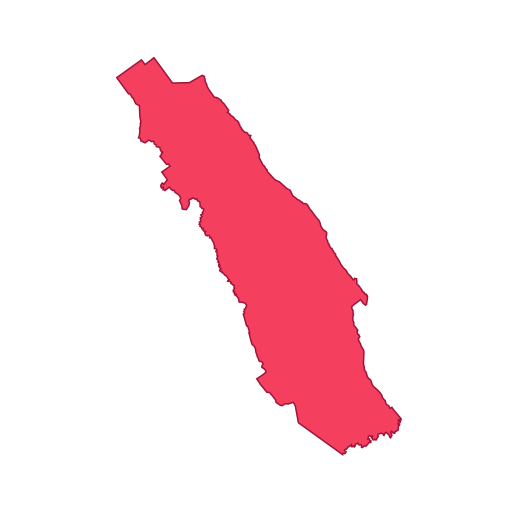 the district of Punilla, Córdoba, Argentina, rotated 324°
{"feature_id": "61730980B72863725650935", "entity_name": "Punilla", "entity_type": "district", "adm_level": 2, "iso_a3": "ARG", "parent_name": "Argentina", "parent_adm1": "Córdoba", "projection": "orthographic", "projection_center": [-64.597, -31.2], "detail": "fine", "context": "isolated", "style": "filled", "palette": "rose", "viewbox_px": 512, "rotation_deg": 324, "n_neighbors": 0, "source": "geoboundaries", "source_scale": "gbopen_adm2", "svg_char_len": 6131}
<svg xmlns="http://www.w3.org/2000/svg" viewBox="0 0 512 512"><g transform="rotate(324 256 256)"><path d="M318.7,78.2L304.0,76.6L290.1,67.0L290.0,35.6L278.8,35.9L278.6,30.0L248.2,29.8L248.2,49.9L249.1,50.6L249.4,51.3L248.9,55.0L249.5,55.7L248.2,62.1L250.0,65.8L243.6,75.6L241.9,79.4L240.8,80.6L240.1,80.8L239.8,82.0L236.7,84.4L236.2,85.8L233.7,88.6L231.7,90.6L230.4,91.3L231.6,92.5L230.6,95.3L232.8,99.3L236.8,99.2L238.0,100.0L238.6,102.0L240.2,102.8L240.5,103.5L239.6,105.6L240.4,107.2L239.7,109.0L242.0,111.5L240.7,114.8L241.6,116.7L241.5,117.3L240.9,117.5L240.3,117.1L239.3,117.8L239.0,118.6L236.9,118.9L237.5,129.3L239.2,130.3L239.2,132.8L229.1,132.7L229.1,142.3L223.4,143.7L223.4,142.5L222.9,141.8L220.4,142.9L219.5,144.9L219.7,145.6L221.3,145.8L220.9,146.7L219.7,147.7L221.0,148.8L220.9,149.5L226.4,149.3L226.4,151.9L227.1,154.0L228.5,154.8L227.9,156.8L229.2,160.3L229.6,162.8L228.8,165.2L226.7,166.2L225.7,171.5L224.0,174.3L224.3,175.2L226.9,177.5L231.5,175.6L233.7,173.5L233.8,172.4L234.5,171.3L235.6,171.6L236.4,171.2L236.8,171.8L237.5,171.5L238.4,172.1L239.2,171.9L239.9,173.0L240.1,174.2L241.7,175.2L241.1,176.5L241.1,177.2L242.1,178.5L242.0,179.2L242.2,179.6L239.8,183.2L240.5,184.6L240.1,185.7L241.0,186.6L241.3,187.4L240.1,188.5L238.1,189.3L237.8,190.6L235.5,190.3L235.5,192.4L233.4,192.3L233.5,193.2L232.4,193.6L232.3,195.1L231.3,195.7L230.1,195.3L229.8,196.4L228.7,197.0L229.3,197.8L228.1,199.0L228.8,200.3L228.3,202.3L229.5,202.7L228.3,204.0L228.5,205.4L229.7,206.5L228.2,207.1L227.5,209.4L228.1,210.0L228.2,210.9L230.1,211.9L230.1,212.9L229.2,214.0L230.4,214.6L230.5,215.1L230.0,216.0L229.5,220.3L228.8,222.4L228.3,223.0L228.3,224.2L227.4,224.5L226.7,225.6L228.0,226.9L228.1,228.2L226.3,228.5L226.1,229.1L226.7,230.2L224.6,232.9L225.1,233.7L222.5,235.2L222.8,237.4L222.4,238.2L221.6,238.4L222.1,239.9L221.1,240.8L221.4,242.4L220.8,242.9L220.3,241.9L219.7,242.8L220.1,246.0L218.3,246.0L218.0,246.6L218.5,248.1L219.2,248.5L218.7,249.3L219.4,250.5L219.6,253.7L220.2,254.4L220.4,255.6L220.0,258.9L220.4,259.4L219.2,260.0L218.5,259.5L218.2,259.8L220.1,261.5L220.3,262.9L219.5,263.5L220.5,265.1L220.3,266.1L221.0,266.7L220.8,267.6L219.9,268.2L219.5,269.7L218.5,269.8L218.1,270.4L217.4,270.3L216.7,271.7L217.2,271.9L217.0,272.4L217.5,272.7L216.6,273.3L216.2,274.6L216.9,274.6L217.5,275.1L217.1,276.1L216.5,276.2L216.9,276.7L216.8,280.1L215.3,283.5L217.1,284.7L219.4,287.6L219.4,290.5L216.5,292.2L215.3,292.2L214.6,293.6L213.5,293.6L213.1,295.5L211.6,295.5L207.3,307.0L208.1,307.6L206.0,313.9L205.2,313.8L204.9,314.5L205.1,315.1L204.6,315.3L201.0,324.5L200.9,325.5L201.5,328.1L201.3,329.9L199.1,334.5L198.7,336.9L198.1,337.3L197.5,340.8L197.0,342.0L196.9,343.3L198.4,344.7L198.6,345.7L198.3,347.3L195.8,348.6L195.3,349.7L195.5,350.4L196.1,350.6L196.1,352.0L196.5,352.3L196.4,354.8L195.6,355.8L192.1,356.1L184.4,355.8L184.1,362.2L184.7,372.6L186.8,374.5L187.3,383.5L186.2,386.3L188.0,391.2L189.1,392.4L193.1,392.8L194.9,394.6L200.2,396.3L199.7,400.4L192.3,415.8L209.3,467.5L209.8,466.7L212.0,468.2L213.1,467.7L213.8,467.3L213.1,465.7L213.3,465.1L213.9,464.9L215.1,465.0L215.6,465.5L218.2,464.6L219.0,464.9L220.3,464.5L221.1,464.8L221.2,465.6L222.2,465.0L221.7,466.8L222.5,466.7L223.1,467.5L223.2,468.3L224.1,468.1L224.1,467.5L224.7,467.7L225.8,466.8L228.3,467.2L228.0,468.0L228.8,470.0L229.7,470.3L230.2,471.0L228.9,472.7L229.5,473.6L231.6,473.2L233.3,474.5L238.5,473.3L239.0,473.5L238.9,474.2L239.2,474.4L240.3,473.1L239.6,471.4L240.3,470.7L238.9,470.0L240.8,468.1L242.6,468.2L242.8,469.7L244.4,470.1L243.9,470.9L242.8,470.9L242.6,473.5L243.1,474.0L244.4,474.1L244.5,475.0L245.0,475.4L245.5,475.5L246.5,474.6L248.9,473.9L249.2,472.3L250.3,472.1L252.6,472.6L253.7,473.8L254.3,475.1L253.8,475.9L254.0,476.4L256.0,475.2L257.6,475.1L258.4,479.3L257.7,481.0L258.0,482.2L260.3,481.2L260.8,480.5L260.9,478.7L262.3,477.4L262.9,477.9L262.8,479.6L263.9,480.9L264.2,480.9L264.5,480.0L268.6,480.4L269.8,479.3L270.7,477.8L272.9,477.0L272.0,475.7L272.4,475.0L274.1,475.6L275.4,475.0L275.5,474.5L274.1,473.2L274.5,472.4L275.3,472.3L276.8,473.9L277.2,473.7L277.4,472.6L277.7,472.6L276.9,461.9L277.0,458.3L274.9,458.1L275.3,454.9L274.4,453.3L274.4,451.6L275.6,448.8L275.1,447.1L275.1,444.9L275.9,442.7L276.0,440.3L275.8,437.2L274.4,430.7L274.4,428.5L275.9,423.7L275.2,421.6L275.1,419.7L275.9,416.9L276.8,414.9L276.6,413.3L277.0,411.8L278.8,408.4L279.3,406.7L286.9,397.1L287.7,395.4L288.3,389.8L288.9,388.7L289.2,385.8L290.0,383.3L292.5,382.3L292.9,380.0L292.2,379.2L293.2,376.9L294.7,375.9L294.7,372.3L294.4,369.6L296.2,367.0L296.4,365.2L297.4,363.9L297.4,363.3L300.6,360.5L300.9,359.2L302.4,357.2L302.8,354.4L304.3,353.0L315.0,352.8L314.9,357.5L315.7,360.1L317.0,360.1L322.3,354.6L322.2,353.7L322.7,353.4L322.7,351.5L321.7,351.3L321.6,350.8L322.1,349.0L321.1,347.5L321.6,346.8L321.7,341.1L321.3,337.5L323.1,335.2L324.0,333.5L322.6,332.0L321.5,332.8L320.6,332.5L320.7,328.6L320.0,324.4L320.4,320.7L319.7,316.3L319.7,312.7L320.4,308.9L320.7,304.0L320.5,302.7L321.4,301.6L321.3,299.8L320.9,299.5L321.5,297.6L321.4,296.2L321.9,294.5L321.2,293.6L321.1,292.7L322.0,289.2L321.9,287.9L322.8,285.9L323.1,283.5L323.8,281.6L325.0,281.0L326.1,279.7L326.8,278.9L327.0,278.0L325.7,273.4L326.1,269.7L327.2,267.2L327.9,264.1L327.4,260.1L327.4,251.9L327.1,249.1L327.4,247.9L327.3,246.1L327.8,245.3L327.5,243.8L326.4,242.3L324.9,241.2L325.0,239.6L324.1,237.8L324.0,236.7L322.6,234.5L322.5,232.9L321.1,228.9L322.3,223.1L320.6,219.4L318.5,209.6L316.8,206.9L316.0,204.8L314.8,194.2L315.6,192.8L315.2,190.4L315.7,188.4L315.1,186.8L316.4,178.2L318.2,176.2L320.4,166.8L320.5,163.7L321.0,162.7L320.7,162.2L320.6,156.7L321.8,156.1L322.0,155.2L322.3,155.2L321.2,154.1L321.1,150.7L319.6,149.2L319.2,145.6L318.8,145.4L319.2,145.0L319.5,140.7L320.0,140.1L319.8,138.9L320.5,137.9L320.4,135.8L319.4,133.5L319.4,130.4L318.2,127.1L318.4,126.0L317.9,124.2L317.2,123.2L319.5,122.2L319.6,113.7L319.1,111.9L319.3,109.1L318.7,108.3L318.0,105.8L317.0,104.3L315.8,103.3L315.6,102.3L315.7,93.4L316.2,89.5L316.9,88.6L317.1,87.8L316.9,87.3L317.9,84.1L318.9,82.7L318.8,82.1L319.1,81.3L319.7,80.8L319.7,80.0L318.7,78.2Z" fill="#f43f5e" stroke="#9f1239" stroke-width="1.5"/></g></svg>